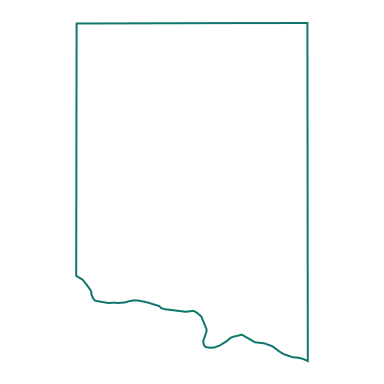 the district of Clay, South Dakota, United States of America
{"feature_id": "52423323B37505692386722", "entity_name": "Clay", "entity_type": "district", "adm_level": 2, "iso_a3": "USA", "parent_name": "United States of America", "parent_adm1": "South Dakota", "projection": "albers", "projection_center": [-96.993, 42.894], "detail": "fine", "context": "isolated", "style": "outline", "palette": "teal", "viewbox_px": 384, "rotation_deg": 0, "n_neighbors": 0, "source": "geoboundaries", "source_scale": "gbopen_adm2", "svg_char_len": 761}
<svg xmlns="http://www.w3.org/2000/svg" viewBox="0 0 384 384"><path d="M76.6,23.5L76.2,275.9L82.5,279.6L86.5,284.5L90.7,290.4L91.4,292.6L91.4,294.4L93.1,298.4L95.1,300.7L108.0,303.0L114.8,302.7L118.2,303.0L125.1,302.4L129.1,301.2L134.0,300.4L138.1,300.5L146.9,302.3L159.3,306.1L161.2,308.1L164.7,309.2L170.6,309.9L185.7,311.8L192.6,310.9L194.6,311.3L197.1,312.9L201.3,316.5L206.3,328.6L206.6,330.0L206.3,332.2L203.3,340.7L203.4,342.9L204.0,344.8L204.8,346.4L206.1,347.1L209.9,347.7L214.4,347.5L219.5,345.6L222.3,343.9L226.6,341.2L230.6,337.8L233.0,336.8L241.9,334.7L255.0,342.3L264.2,343.3L272.3,346.2L279.1,351.3L283.4,354.0L292.5,357.2L299.1,357.8L303.2,359.0L307.8,361.0L307.4,23.0L230.3,23.1L76.6,23.5Z" fill="none" stroke="#0f766e" stroke-width="2"/></svg>